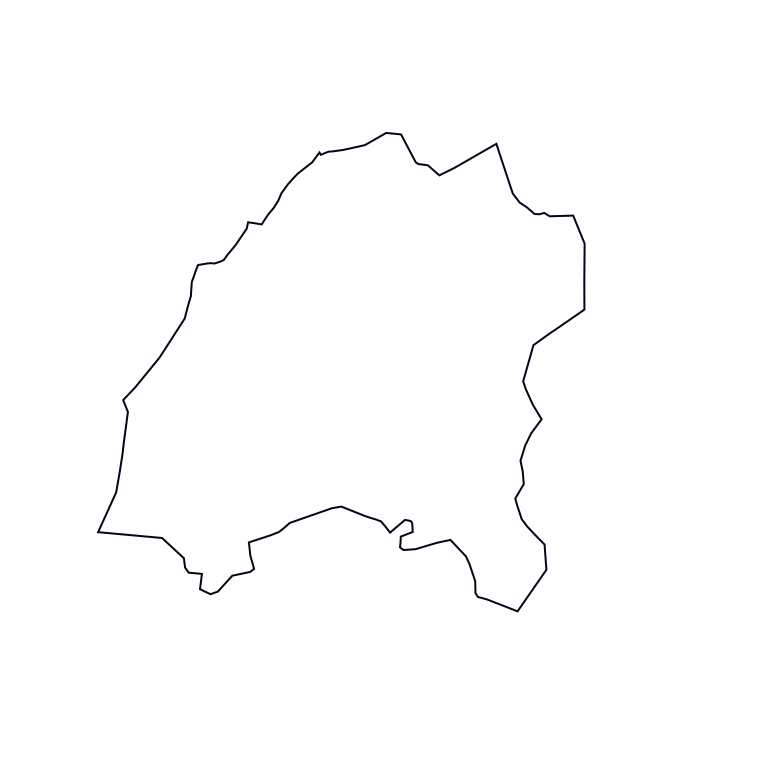 Damaturu, Yobe, Nigeria, rotated 206°
{"feature_id": "59680162B76704120420691", "entity_name": "Damaturu", "entity_type": "district", "adm_level": 2, "iso_a3": "NGA", "parent_name": "Nigeria", "parent_adm1": "Yobe", "projection": "robinson", "projection_center": [12.053, 11.854], "detail": "fine", "context": "isolated", "style": "outline", "palette": "ink", "viewbox_px": 768, "rotation_deg": 206, "n_neighbors": 0, "source": "geoboundaries", "source_scale": "gbopen_adm2", "svg_char_len": 1918}
<svg xmlns="http://www.w3.org/2000/svg" viewBox="0 0 768 768"><g transform="rotate(206 384 384)"><path d="M265.2,598.1L287.8,618.3L308.5,607.4L315.0,608.0L318.7,604.7L323.3,602.8L333.4,605.5L335.9,605.8L341.5,606.5L351.7,611.6L365.5,625.7L388.3,649.1L415.5,609.0L425.7,595.8L440.5,599.8L449.7,596.7L452.7,597.2L478.1,615.8L492.1,610.6L505.9,590.3L523.0,576.7L523.3,576.5L532.2,570.5L535.8,568.4L541.3,562.3L543.5,563.8L544.5,558.5L545.7,551.8L553.6,535.6L553.7,535.3L555.4,530.2L556.4,526.7L557.8,521.8L559.8,510.6L559.4,502.3L560.3,494.1L562.5,485.0L563.9,473.8L570.7,471.8L577.0,469.8L575.5,463.3L578.4,443.2L581.2,431.9L582.4,425.1L585.0,422.0L589.3,417.9L592.5,416.8L595.6,414.9L603.3,409.4L603.3,409.1L603.3,408.8L603.3,408.7L603.3,408.4L603.2,408.1L603.2,407.9L603.2,407.7L603.2,407.2L602.8,403.5L602.5,400.2L602.4,400.0L601.6,393.0L601.6,392.6L601.5,392.0L601.3,391.0L596.1,378.3L594.3,367.8L591.8,355.4L593.1,344.6L597.3,309.4L606.2,271.6L611.4,255.2L601.9,246.6L592.4,218.0L588.2,206.1L582.7,188.2L577.2,169.1L576.0,125.5L516.0,148.3L487.5,139.7L482.3,131.8L476.8,128.8L464.4,133.5L459.4,118.9L447.8,119.0L442.3,124.6L436.3,145.2L421.8,156.5L419.7,160.9L428.8,171.0L436.0,182.4L419.3,198.6L413.5,205.0L410.7,210.8L407.8,217.8L376.5,249.4L368.6,255.1L345.7,256.8L343.2,257.0L335.9,258.0L330.5,258.9L329.2,258.9L326.5,259.2L321.5,257.1L313.4,253.1L305.6,271.0L301.6,272.2L299.2,272.4L297.4,270.9L293.3,263.6L302.0,254.2L300.3,250.3L297.9,244.1L293.7,243.3L283.2,249.4L266.9,264.4L255.9,273.0L234.8,265.0L228.3,259.7L215.6,246.8L210.1,236.1L206.1,233.8L197.2,235.5L164.3,238.2L156.6,288.2L169.3,310.1L182.6,314.8L192.8,318.7L201.1,323.0L211.4,333.6L215.8,338.6L214.5,355.3L220.9,366.1L227.7,374.9L230.1,390.6L230.1,404.2L226.9,421.4L241.1,430.6L254.5,441.7L260.1,447.4L266.7,484.5L256.8,502.8L254.6,506.5L236.5,538.7L236.7,539.2L248.4,562.9L265.2,598.1Z" fill="none" stroke="#020617" stroke-width="2"/></g></svg>